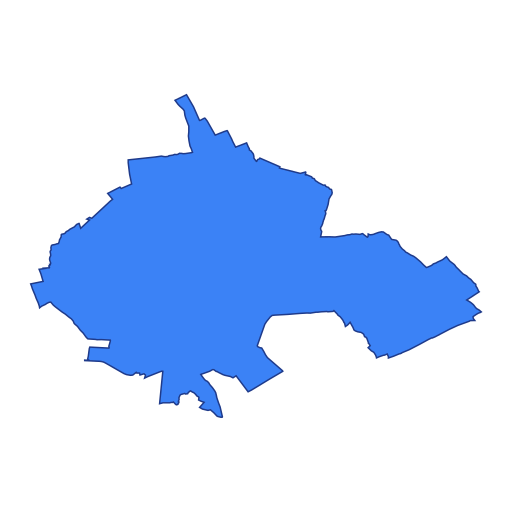 outline of Vaslui, Vaslui, Romania
{"feature_id": "2599482B13653290667893", "entity_name": "Vaslui", "entity_type": "district", "adm_level": 2, "iso_a3": "ROU", "parent_name": "Romania", "parent_adm1": "Vaslui", "projection": "equal_earth", "projection_center": [27.742, 46.653], "detail": "fine", "context": "isolated", "style": "filled", "palette": "blue", "viewbox_px": 512, "rotation_deg": 0, "n_neighbors": 0, "source": "geoboundaries", "source_scale": "gbopen_adm2", "svg_char_len": 6023}
<svg xmlns="http://www.w3.org/2000/svg" viewBox="0 0 512 512"><path d="M216.6,396.4L215.7,392.7L214.7,390.8L212.4,387.6L209.7,384.5L208.9,383.0L207.4,381.4L205.8,380.6L204.6,379.6L202.3,376.6L200.8,374.4L209.6,371.3L212.6,369.6L213.9,369.7L216.2,371.5L217.1,371.5L218.1,372.2L222.9,374.6L224.9,375.3L230.4,376.5L233.0,377.8L236.1,375.8L248.1,391.8L251.6,390.0L270.2,378.7L282.8,371.3L282.6,370.8L267.4,357.6L265.5,354.8L263.7,351.3L261.7,348.0L259.9,347.7L257.8,346.7L257.4,346.2L257.3,345.6L264.8,324.3L266.6,321.5L270.3,316.9L272.2,315.4L275.0,315.1L287.6,314.4L300.1,313.4L306.9,313.0L310.4,313.1L316.1,312.2L317.7,312.2L321.2,311.8L326.8,311.5L327.8,311.8L333.1,311.4L333.9,310.6L337.4,314.2L337.7,314.9L339.5,316.3L340.1,316.6L342.7,319.9L343.4,321.2L343.9,322.4L344.3,322.8L344.7,323.7L345.4,326.5L347.6,325.0L349.6,322.9L350.1,322.3L353.0,327.5L354.0,330.0L355.3,330.9L357.7,331.8L361.1,332.4L362.8,333.5L363.7,334.3L364.6,336.7L365.7,337.0L366.2,337.7L366.7,338.0L368.4,342.6L368.3,343.1L368.8,343.5L370.2,345.7L368.1,347.7L371.4,350.9L372.7,351.6L373.9,352.4L375.6,355.1L376.3,356.9L376.5,357.9L379.0,356.8L383.3,355.3L384.6,355.1L387.2,354.0L388.4,356.6L388.4,358.0L393.6,356.2L399.1,353.9L400.2,353.7L401.6,353.1L402.0,352.7L409.0,349.8L420.0,344.1L428.2,339.6L431.7,337.9L432.3,338.0L435.1,336.8L449.4,329.3L457.8,325.4L469.1,321.3L470.3,320.6L474.8,320.5L474.3,319.8L473.7,319.2L473.1,317.8L473.1,316.6L475.8,314.7L478.3,313.2L480.3,312.5L481.3,311.9L479.1,310.0L476.6,308.6L475.2,307.1L474.5,306.1L473.4,304.7L471.4,303.0L469.9,301.9L466.7,300.0L479.2,291.8L478.6,291.2L477.1,287.9L475.9,286.1L475.8,284.5L475.7,284.2L473.6,282.7L470.8,279.4L468.5,277.8L466.6,275.9L463.1,274.0L462.3,273.2L460.0,270.9L458.8,269.6L456.6,267.5L455.7,266.5L455.1,265.5L454.1,264.4L449.8,261.1L446.4,256.7L443.0,259.4L441.6,260.2L437.2,262.2L436.4,262.8L433.3,263.9L432.5,264.7L431.2,265.6L427.5,267.2L426.4,267.5L423.6,265.0L420.5,261.8L415.8,257.8L413.5,256.2L410.7,255.0L407.4,252.9L405.7,252.1L404.5,250.7L402.3,249.0L400.1,246.4L399.4,244.8L398.9,244.1L398.5,242.9L398.1,242.1L397.2,241.0L396.1,240.2L391.6,239.4L388.7,235.1L386.9,234.5L383.4,232.0L381.5,231.8L378.7,232.4L375.0,233.7L373.9,234.2L372.2,234.6L370.0,234.8L368.2,234.0L368.0,236.7L367.3,237.2L363.5,234.4L362.8,233.7L362.3,233.6L360.0,234.4L355.9,234.0L353.3,234.2L352.0,234.0L349.8,234.7L347.3,234.9L344.7,235.6L335.1,237.0L329.4,236.8L320.6,236.9L321.7,231.6L321.5,231.0L321.1,230.6L320.6,228.9L320.6,228.3L320.9,227.1L321.9,225.6L322.1,224.8L322.7,223.6L322.7,223.1L323.8,219.4L324.0,219.3L324.3,218.4L325.1,215.5L325.6,214.3L325.8,213.5L325.5,211.9L325.5,211.4L325.1,210.9L326.2,210.3L326.6,209.3L328.1,204.5L329.0,199.0L331.0,195.4L331.7,194.6L332.2,192.8L331.6,189.8L331.1,189.3L330.2,189.2L329.6,188.9L328.5,187.4L327.1,187.0L325.7,186.3L325.4,185.7L325.4,185.3L324.9,185.0L324.1,185.2L323.2,185.1L318.7,182.8L316.2,181.1L315.6,180.8L314.7,179.6L314.5,179.0L314.1,178.6L312.3,178.1L312.2,177.7L311.6,176.8L306.4,174.7L306.0,175.0L305.3,174.7L305.8,172.3L305.6,172.0L300.3,173.4L280.1,168.3L279.4,168.0L279.9,166.8L259.9,158.1L259.6,158.7L258.9,159.1L257.6,159.6L256.8,161.2L256.6,161.4L256.3,161.3L254.1,158.5L253.9,157.9L253.9,156.6L253.6,155.0L253.3,154.0L252.8,153.2L250.9,150.8L249.4,150.0L249.3,148.7L248.2,146.7L246.6,142.9L235.6,147.1L232.9,141.9L231.6,138.9L227.4,130.8L227.1,130.6L224.3,131.5L215.2,135.1L207.2,121.0L205.1,118.3L204.6,118.1L203.7,118.5L200.7,120.1L199.8,120.5L199.5,120.4L193.5,106.8L186.5,94.7L175.0,100.3L178.0,104.3L179.7,106.1L183.0,109.1L184.3,110.8L184.9,115.2L185.7,118.0L188.8,126.1L188.8,131.7L188.4,136.0L189.0,140.8L190.0,146.0L191.3,148.8L192.5,152.3L191.4,152.7L185.2,153.6L183.1,153.7L181.7,153.4L179.5,153.3L177.9,154.3L176.5,154.6L174.7,154.4L172.9,155.1L169.0,155.7L168.0,156.4L165.5,156.7L164.1,156.6L161.4,156.1L155.2,157.0L128.2,159.9L128.2,162.7L129.6,174.2L131.6,184.0L121.2,188.5L120.0,187.1L107.7,193.4L112.6,199.3L110.4,201.0L91.8,218.3L89.5,217.4L86.8,219.1L89.5,220.1L80.7,228.3L79.5,224.7L79.3,223.8L79.0,223.4L76.7,224.4L75.5,225.6L75.2,226.0L74.8,226.4L74.5,226.8L69.8,229.3L68.3,230.6L66.5,231.5L65.8,232.1L65.3,233.0L63.9,233.8L61.8,234.2L61.3,234.6L61.1,237.0L59.4,240.1L59.4,240.8L59.1,241.9L58.5,243.5L56.6,243.9L55.4,244.4L52.2,245.0L51.5,245.5L51.3,246.0L50.9,247.6L51.1,249.9L50.4,250.9L50.1,251.8L50.6,254.0L50.7,255.6L50.3,256.6L49.9,257.1L49.6,258.6L49.6,259.6L49.8,260.5L50.7,263.1L50.3,264.5L49.6,264.4L49.7,265.4L48.8,266.0L49.5,267.2L49.3,267.8L44.1,268.1L44.7,268.5L39.1,269.3L40.4,272.5L41.0,274.2L43.1,281.4L30.7,283.9L31.7,286.5L32.4,288.8L35.0,295.0L36.3,298.6L38.2,302.8L39.3,306.1L39.6,307.8L41.6,306.2L45.6,304.3L46.6,303.5L49.1,302.3L50.8,302.1L53.3,305.1L55.4,306.9L62.2,312.1L65.3,314.1L68.8,317.0L71.4,318.9L72.5,320.2L73.3,321.2L74.1,323.3L74.5,323.8L77.5,326.4L80.3,330.2L83.2,333.1L85.9,336.9L87.6,338.7L88.0,338.9L95.5,339.4L97.0,339.7L101.4,339.6L110.3,340.1L110.4,340.5L110.2,341.6L108.9,346.1L108.9,346.8L109.1,347.3L108.9,348.1L89.8,347.1L89.3,348.6L88.3,356.2L87.7,358.9L88.1,359.6L88.5,359.9L86.2,360.2L84.7,360.1L84.7,360.6L99.6,361.3L101.3,361.5L103.4,362.0L105.1,362.8L124.0,373.6L126.5,374.6L130.5,375.3L132.5,375.1L133.0,374.9L136.1,372.4L136.3,373.0L139.6,373.1L140.0,375.0L144.0,373.8L145.5,375.1L144.6,378.1L147.5,376.7L159.9,371.8L161.7,371.2L162.8,371.3L159.6,403.7L163.0,402.8L169.8,402.8L171.2,402.4L172.3,402.5L173.4,402.0L175.5,404.2L176.3,404.8L177.4,404.6L178.1,404.1L178.1,403.3L178.7,402.9L178.9,402.3L178.8,401.6L178.4,401.5L178.4,401.1L179.0,399.8L179.1,399.2L178.9,397.8L180.0,395.2L180.9,394.5L184.5,393.5L184.8,393.5L185.4,394.0L187.3,393.8L187.7,393.7L188.2,392.6L190.3,390.9L190.6,390.9L192.4,392.1L193.7,392.6L195.5,394.2L196.9,396.0L198.7,397.0L198.9,397.5L198.6,400.0L201.0,401.2L204.1,402.3L199.6,407.4L202.5,409.1L208.0,410.4L210.4,409.8L213.7,412.6L217.0,416.1L217.9,416.5L221.1,417.3L222.3,417.1L222.4,416.8L220.1,406.9L218.7,403.3L217.3,399.2L216.5,396.6L216.6,396.4Z" fill="#3b82f6" stroke="#1e3a8a" stroke-width="1.5"/></svg>